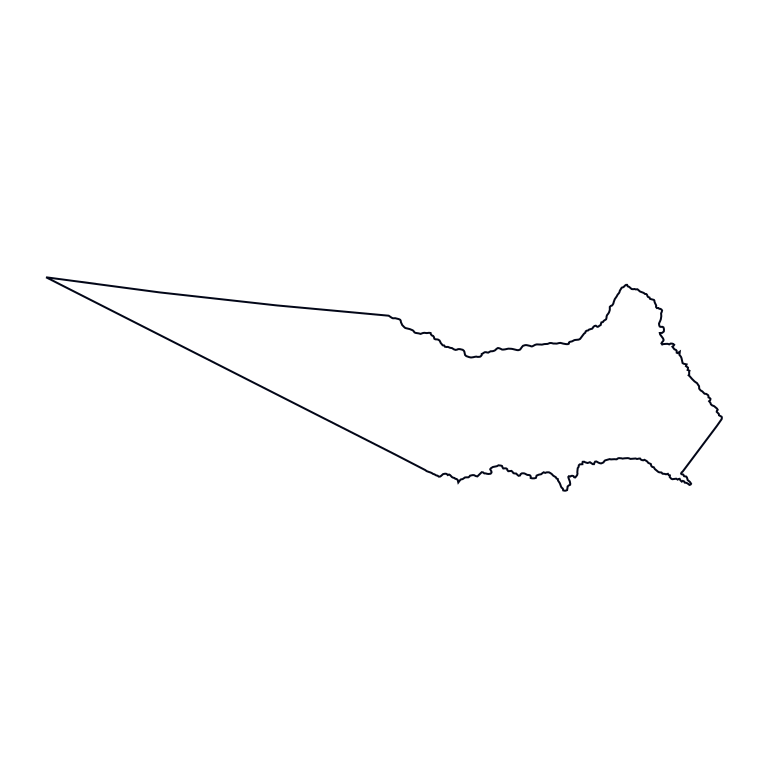 Maara, Eastern, Kenya
{"feature_id": "3690345B56364567140536", "entity_name": "Maara", "entity_type": "district", "adm_level": 2, "iso_a3": "KEN", "parent_name": "Kenya", "parent_adm1": "Eastern", "projection": "albers", "projection_center": [37.725, -0.234], "detail": "fine", "context": "isolated", "style": "outline", "palette": "ink", "viewbox_px": 768, "rotation_deg": 0, "n_neighbors": 0, "source": "geoboundaries", "source_scale": "gbopen_adm2", "svg_char_len": 6126}
<svg xmlns="http://www.w3.org/2000/svg" viewBox="0 0 768 768"><path d="M659.2,325.2L659.0,323.7L659.4,322.6L660.2,320.9L660.8,319.3L661.3,316.2L661.1,313.3L661.7,312.0L662.1,310.5L661.5,309.6L660.5,308.9L659.3,308.8L658.4,308.0L656.9,308.1L656.0,306.9L656.2,305.5L654.9,302.8L654.5,301.7L654.4,300.7L653.9,299.9L650.1,298.9L649.5,297.5L648.1,297.0L647.5,296.2L647.1,295.0L646.4,294.1L644.9,293.9L643.7,292.9L640.0,291.5L637.5,289.3L635.7,289.4L634.5,289.0L633.1,289.2L631.6,289.0L629.2,286.9L627.7,286.3L627.1,284.9L626.0,284.9L625.2,285.4L623.5,287.1L621.7,287.7L619.8,290.8L619.6,291.8L618.9,293.2L617.7,294.5L616.7,296.4L614.8,299.1L613.8,301.8L613.3,303.7L612.6,304.8L611.9,305.6L610.8,305.9L609.8,306.9L609.8,309.9L609.5,310.9L609.0,312.4L608.2,313.7L607.2,314.9L606.6,316.3L606.5,317.8L606.1,319.3L603.8,320.8L602.8,322.1L601.4,322.4L601.0,323.6L600.7,325.0L599.3,325.8L598.4,326.6L597.3,326.8L595.8,325.7L594.5,326.0L593.4,326.9L592.3,328.6L589.0,329.6L588.0,330.5L586.7,330.7L585.7,331.4L585.3,332.7L584.0,333.7L580.1,338.9L578.7,339.6L574.9,340.0L573.8,340.4L572.2,341.3L569.7,341.9L568.9,342.6L568.9,343.6L568.0,344.1L566.0,344.1L563.1,343.6L561.7,343.2L560.3,342.9L558.8,343.1L556.8,343.6L553.2,343.5L551.7,343.1L549.9,343.0L547.6,343.9L544.2,344.1L543.0,344.4L541.9,344.6L536.8,344.4L535.2,344.8L532.4,346.3L531.3,346.4L530.1,345.9L526.5,345.1L525.3,345.1L523.0,345.8L521.8,347.2L520.2,349.5L518.7,350.1L517.1,350.1L512.6,349.0L511.4,348.8L509.4,348.7L508.1,348.7L504.9,349.4L502.9,349.6L501.9,349.5L501.0,349.0L499.7,348.4L498.0,348.0L496.6,348.8L495.2,350.2L494.0,350.8L492.7,351.2L490.6,351.3L489.6,351.8L488.3,352.6L487.1,352.5L486.1,352.2L484.9,352.2L483.7,352.8L482.8,353.5L481.7,354.0L481.7,355.1L481.0,356.0L480.3,356.6L478.9,356.9L477.5,356.9L476.2,356.6L474.5,356.9L473.3,357.2L471.0,357.5L469.1,357.1L466.3,356.1L465.1,355.0L464.7,353.4L464.4,351.8L463.9,350.8L462.7,349.8L459.8,349.1L458.2,349.1L457.1,349.6L455.6,349.9L454.0,349.4L452.0,348.1L450.1,347.8L447.9,346.9L446.6,347.0L444.9,346.7L444.2,345.5L442.7,345.3L440.6,342.8L440.2,341.7L439.5,340.5L438.1,339.6L437.0,339.4L435.3,339.3L434.3,338.7L434.0,337.2L433.2,336.0L431.8,335.4L430.9,334.3L430.6,333.0L429.0,332.8L426.9,333.1L424.2,332.8L422.7,333.1L420.6,333.9L418.8,333.4L415.6,332.9L414.5,332.4L413.6,331.1L412.7,330.3L409.8,329.1L405.3,328.0L404.1,327.0L402.1,324.9L401.8,324.0L401.0,322.4L400.7,320.7L400.2,319.8L398.8,319.1L395.2,318.2L393.0,318.3L391.8,317.8L388.7,315.7L276.6,305.4L159.6,292.4L46.1,277.3L396.7,455.3L425.3,470.1L426.6,471.1L429.3,472.1L430.3,472.4L431.7,473.0L433.2,474.0L434.4,474.3L436.2,475.4L437.6,475.7L438.7,476.6L440.0,476.6L441.1,475.9L443.1,474.1L445.1,473.7L446.6,473.9L447.8,475.1L449.0,474.5L450.1,475.1L452.0,477.1L453.2,477.7L454.5,478.0L455.3,478.8L456.6,479.0L457.7,480.0L458.3,482.5L459.8,480.5L460.9,479.4L462.6,479.1L465.1,477.4L468.4,477.3L469.4,476.6L470.0,475.7L472.6,475.1L473.9,475.1L475.9,476.1L477.4,476.4L481.7,472.2L483.1,472.4L484.3,473.4L485.7,473.4L487.0,473.8L488.6,474.0L490.6,473.7L491.5,472.6L491.4,471.3L490.8,470.5L490.2,469.2L491.1,468.1L492.9,467.0L496.9,466.2L498.5,465.3L501.0,465.6L502.0,466.0L502.6,467.5L503.3,468.5L505.1,468.3L506.4,468.5L507.2,469.2L507.4,470.2L508.3,471.2L511.5,470.9L512.6,472.0L513.5,473.2L515.1,473.5L516.1,473.5L517.8,475.2L518.6,475.8L520.0,475.5L520.7,474.1L522.0,473.3L523.8,473.3L524.8,473.6L527.3,474.9L529.0,475.0L530.2,475.5L530.7,476.4L530.7,478.0L532.0,478.3L534.4,478.3L535.9,477.9L536.6,475.6L538.7,474.7L541.2,474.2L542.6,473.0L543.7,472.3L545.2,472.9L546.5,472.4L547.5,472.3L548.9,472.3L550.4,473.1L551.7,474.0L553.3,475.7L555.8,477.2L556.5,478.5L557.8,479.0L558.0,480.5L559.6,482.9L560.3,484.5L560.8,486.0L561.5,487.5L562.8,488.6L563.2,490.4L564.5,490.7L565.6,490.7L567.1,490.1L567.5,487.7L567.6,486.5L568.7,485.5L570.1,484.8L570.2,483.7L569.8,481.3L568.7,478.5L568.3,477.0L568.9,476.2L570.4,476.5L571.2,475.9L572.3,475.8L573.5,476.1L574.1,477.2L575.1,477.5L576.1,476.5L577.2,474.9L577.5,473.5L577.3,472.3L577.7,468.2L578.6,466.9L578.8,465.3L579.7,464.4L582.4,464.2L582.4,463.3L582.7,461.8L584.1,461.7L585.2,462.3L587.5,463.0L588.6,462.7L589.9,462.2L592.7,464.1L594.0,464.1L594.4,462.8L595.2,461.6L596.5,461.5L597.8,462.3L599.0,462.9L600.2,463.3L601.5,463.3L603.5,462.4L604.1,461.4L605.1,460.4L609.7,459.1L610.9,459.4L614.1,459.2L616.7,459.3L617.7,458.5L619.0,458.1L621.4,458.3L622.5,458.6L624.7,458.3L627.9,458.1L629.2,458.4L630.4,458.9L635.7,458.5L637.0,459.0L638.8,458.6L640.0,458.5L640.8,459.5L642.0,460.1L643.3,460.3L644.4,459.8L645.9,460.6L647.2,461.5L648.3,462.9L650.8,464.0L651.3,465.9L652.4,467.0L653.7,467.2L654.9,469.1L658.3,471.9L659.2,472.3L661.5,472.5L662.5,473.7L664.8,473.9L666.0,474.3L667.9,473.8L668.7,475.1L669.9,475.4L669.7,477.0L670.6,478.0L671.4,478.8L672.4,479.2L676.2,478.7L677.7,479.6L678.6,479.0L679.6,478.8L680.4,480.3L681.8,481.6L682.8,480.9L684.2,481.5L684.7,482.6L686.1,482.8L687.3,483.3L688.5,484.1L689.4,484.9L690.5,484.6L691.1,483.8L690.6,482.9L689.8,481.8L687.7,480.1L687.0,477.7L686.3,476.6L684.1,476.2L683.3,474.6L681.8,474.3L681.1,473.7L681.5,472.6L682.8,471.4L716.9,425.9L721.6,419.2L721.9,417.9L721.6,416.7L719.0,415.3L718.8,413.9L716.7,411.8L716.9,410.8L717.7,409.8L717.0,408.6L714.2,406.2L712.0,405.3L710.9,404.3L710.4,402.8L709.1,401.2L710.2,400.2L710.5,398.9L709.6,397.9L708.5,397.4L708.5,396.4L708.2,395.3L707.3,394.6L706.2,393.9L704.5,393.7L702.3,391.4L700.6,390.4L699.2,388.7L699.1,386.6L698.8,385.7L697.9,384.6L697.2,383.3L694.5,381.4L691.9,378.8L689.6,376.1L688.6,375.3L689.2,374.3L689.1,371.9L689.5,370.8L688.6,370.3L687.6,370.0L687.9,368.9L688.0,367.6L685.9,366.1L686.6,364.4L683.6,363.7L682.6,363.1L681.5,358.1L680.9,356.7L679.4,354.8L679.8,351.7L677.7,353.1L676.7,352.7L676.6,350.7L675.9,349.9L674.4,349.3L672.4,346.7L673.5,345.8L674.2,344.8L673.3,344.0L672.0,343.6L670.5,343.6L669.2,344.4L667.9,343.9L665.8,343.9L663.2,344.1L662.2,344.5L661.4,343.4L662.2,342.1L663.2,341.0L663.6,340.0L663.1,338.5L660.1,334.4L659.8,333.0L662.1,332.9L663.8,331.5L664.0,329.8L663.8,328.4L663.4,327.3L662.3,326.8L660.8,326.9L659.7,326.5L659.2,325.2Z" fill="none" stroke="#020617" stroke-width="2"/></svg>